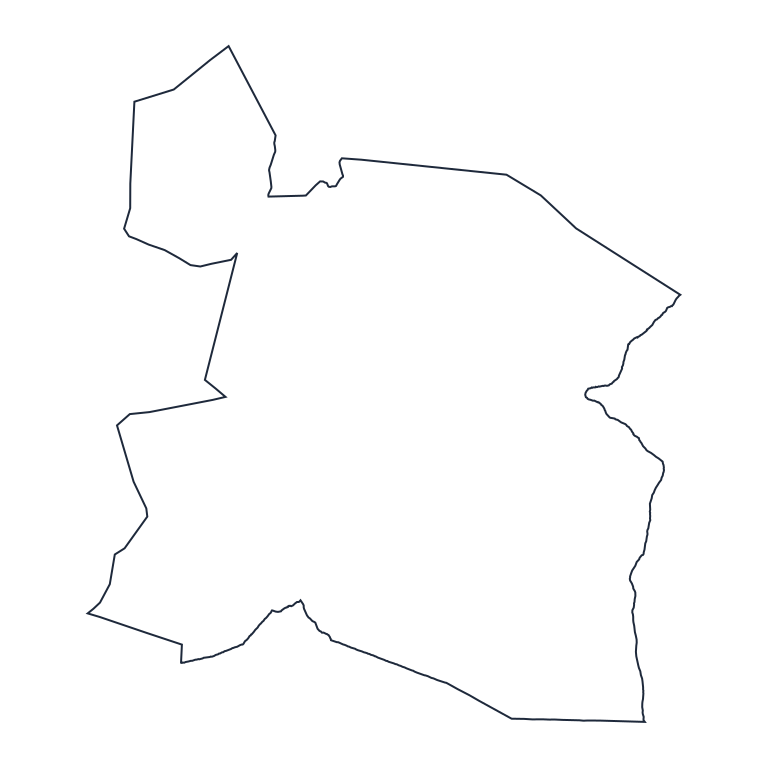 outline of Ranerou, Matam, Senegal
{"feature_id": "50182788B34306626760019", "entity_name": "Ranerou", "entity_type": "district", "adm_level": 2, "iso_a3": "SEN", "parent_name": "Senegal", "parent_adm1": "Matam", "projection": "robinson", "projection_center": [-14.026, 15.106], "detail": "fine", "context": "isolated", "style": "outline", "palette": "slate", "viewbox_px": 768, "rotation_deg": 0, "n_neighbors": 0, "source": "geoboundaries", "source_scale": "gbopen_adm2", "svg_char_len": 6109}
<svg xmlns="http://www.w3.org/2000/svg" viewBox="0 0 768 768"><path d="M680.3,294.8L576.1,228.4L540.8,195.4L506.5,174.7L361.3,159.7L341.9,158.3L340.0,160.8L339.5,162.3L339.7,164.4L342.5,174.5L343.0,175.5L343.0,176.8L340.5,178.7L339.6,179.9L336.9,184.3L336.1,185.9L335.1,186.3L332.1,186.3L330.2,187.0L328.7,186.7L328.1,186.1L327.0,183.3L326.2,182.8L325.0,182.6L323.2,181.5L320.1,181.4L315.7,185.3L305.9,195.5L302.6,195.7L268.5,196.6L268.3,195.4L268.4,194.4L268.8,193.3L271.3,188.2L271.4,186.9L270.8,181.5L269.5,172.3L269.1,170.6L269.1,169.7L269.6,167.5L270.7,164.9L273.9,154.7L275.2,151.8L275.3,150.1L274.8,146.1L274.3,143.9L274.3,143.3L274.3,142.2L274.7,141.3L275.6,135.4L228.6,46.1L210.2,60.0L173.8,89.5L134.4,101.7L130.3,183.6L130.2,208.2L124.1,228.7L129.0,236.3L136.4,239.1L148.7,244.6L164.7,250.1L179.4,258.3L190.5,265.1L200.3,266.5L211.4,263.8L231.1,259.8L237.2,253.0L204.9,379.9L215.7,388.6L225.5,396.9L212.7,399.9L149.4,412.1L129.8,414.1L117.0,425.4L133.6,481.7L146.3,508.4L147.3,516.6L124.6,548.3L114.8,554.5L109.8,584.2L100.0,602.6L93.5,608.7L87.7,613.4L99.8,617.0L146.9,633.0L181.9,644.6L181.0,663.5L181.2,663.0L182.1,662.9L182.6,662.5L184.1,662.7L185.7,662.0L188.4,661.5L190.9,660.8L192.2,660.8L195.3,659.7L196.7,659.6L198.4,659.1L199.2,659.3L202.7,658.4L203.6,657.8L209.9,657.0L210.6,656.6L211.9,656.7L214.0,656.0L215.8,654.9L218.1,654.3L219.1,653.5L220.0,653.5L222.1,652.3L223.3,652.2L224.5,651.2L226.0,650.9L231.0,649.0L232.4,648.1L233.5,647.9L234.5,647.4L237.3,646.7L239.9,645.2L241.7,644.5L242.7,644.5L243.4,643.9L244.8,641.5L245.5,640.7L246.3,640.3L247.2,639.4L248.2,638.3L249.6,636.0L250.7,635.4L251.1,634.5L251.7,634.3L253.8,631.9L255.3,629.8L257.6,627.6L258.6,625.9L259.8,624.4L260.7,623.7L262.4,621.7L263.4,621.0L264.8,618.9L265.8,618.2L266.4,617.6L267.7,616.1L269.2,614.0L270.3,613.2L270.9,612.5L271.7,610.8L272.0,610.4L272.9,610.6L275.7,611.6L278.0,611.9L281.0,611.3L281.6,610.4L284.3,608.4L285.6,607.7L286.8,607.5L287.4,606.8L288.1,606.8L288.3,606.2L289.1,605.8L289.7,606.0L290.2,605.8L291.2,606.2L293.0,605.4L295.1,603.4L297.0,602.0L298.5,602.0L299.3,601.7L300.5,600.3L303.0,604.0L303.5,605.0L303.7,605.6L303.7,607.3L304.0,608.7L306.8,615.0L307.3,615.9L307.9,616.5L308.4,617.4L309.9,618.4L312.4,621.1L314.0,621.8L315.3,622.6L317.6,628.8L319.5,630.9L320.9,631.5L322.0,632.7L323.6,632.6L326.2,633.9L326.9,634.0L327.6,634.6L328.5,635.0L329.9,637.1L330.4,638.5L330.7,638.8L331.0,640.2L336.9,642.2L338.1,642.2L339.3,642.7L343.2,644.5L344.5,644.8L346.7,645.7L347.8,646.4L349.0,646.6L351.0,647.6L355.2,648.8L356.2,649.5L357.9,650.2L361.9,651.4L363.9,652.3L365.6,652.7L367.4,653.3L367.9,653.7L369.6,654.0L370.6,654.7L373.6,655.5L374.6,656.2L375.5,656.3L377.9,657.6L384.3,659.9L386.2,660.9L387.4,661.0L388.4,661.7L393.9,663.4L395.4,664.1L396.8,664.3L398.7,665.3L400.7,665.9L402.5,666.8L404.6,667.4L406.4,668.3L412.1,670.5L413.4,670.8L414.3,671.5L416.9,672.6L424.5,675.3L425.4,675.4L427.9,676.2L431.4,677.9L433.5,678.4L437.1,680.0L445.1,682.6L446.3,682.8L457.8,689.2L469.0,695.0L479.6,701.1L511.6,718.7L524.3,718.9L532.3,719.4L542.4,719.3L549.4,719.6L554.0,719.5L562.6,719.9L579.5,720.3L583.5,720.7L587.9,720.5L600.1,720.6L644.8,721.9L643.6,720.3L643.5,719.1L643.7,716.9L642.8,714.0L642.6,712.5L642.8,710.5L642.2,707.1L642.3,703.3L642.5,701.5L643.0,699.0L643.4,693.3L643.2,692.1L643.4,690.8L643.1,689.7L643.1,687.2L642.5,681.3L642.1,678.5L640.9,675.1L640.3,671.3L638.9,667.9L638.3,665.5L636.3,656.3L635.9,651.8L636.3,645.6L636.7,642.7L636.6,639.5L635.8,635.6L634.9,632.1L634.2,625.8L633.4,622.1L633.2,620.0L633.2,616.8L632.9,614.3L632.3,612.5L632.4,610.2L633.7,607.7L633.9,606.3L634.1,604.9L634.0,603.3L634.5,602.0L634.7,599.1L635.4,596.0L635.3,592.4L634.7,590.9L633.3,588.6L633.1,586.6L631.9,583.5L630.1,580.5L629.8,578.8L630.1,577.7L630.1,576.4L631.4,572.6L632.2,570.5L635.3,565.8L636.7,562.0L639.2,559.3L639.3,558.6L639.8,557.6L641.7,555.3L643.0,554.9L643.6,553.9L643.7,552.4L644.5,549.6L645.3,543.3L646.2,541.3L646.9,536.4L647.4,534.9L647.5,533.9L647.2,531.3L647.5,529.9L648.3,528.4L649.2,522.8L650.3,520.1L650.0,518.7L650.2,516.0L650.0,513.9L650.2,512.8L649.8,511.8L650.2,509.7L649.9,503.7L651.7,498.3L652.2,495.1L653.8,492.7L654.7,490.2L655.9,487.7L657.4,485.4L659.1,482.6L661.1,480.0L661.7,477.5L662.7,475.7L663.2,472.9L663.6,472.1L664.0,470.0L663.7,468.7L663.9,467.6L663.5,464.9L663.0,463.8L662.6,461.6L658.6,458.4L656.0,456.8L654.0,455.1L651.0,452.9L647.8,451.2L646.5,450.2L645.4,448.5L643.1,446.2L641.3,442.8L640.6,442.1L640.2,441.2L639.3,440.2L639.2,439.4L638.8,438.0L637.7,437.5L637.0,436.8L635.0,435.9L634.2,435.3L633.3,434.2L633.4,433.5L631.9,431.5L631.3,430.1L630.5,429.1L629.9,428.7L629.1,427.3L627.0,426.0L626.1,424.7L625.1,424.0L621.2,422.4L617.7,419.9L616.1,419.5L615.4,419.3L614.8,418.6L613.9,418.4L610.4,417.8L609.7,417.5L606.5,414.0L605.8,412.6L605.3,410.9L604.8,410.2L604.3,408.6L603.2,406.7L602.4,405.6L601.4,405.0L600.7,403.9L600.2,403.6L599.2,402.6L598.6,402.6L597.9,402.0L597.5,402.2L594.3,400.6L593.0,400.7L590.2,399.7L589.0,399.5L587.6,398.8L587.1,397.9L585.9,397.2L585.2,394.8L585.6,392.8L586.8,390.7L587.5,390.1L588.2,388.7L590.7,388.2L591.7,387.5L592.2,387.8L593.1,387.4L595.2,387.4L595.8,386.8L596.3,387.1L597.4,387.0L598.8,386.4L599.5,386.6L603.0,385.8L603.6,386.0L605.0,385.5L607.0,385.8L608.8,385.4L609.7,384.4L611.8,383.6L612.8,382.3L613.6,381.8L614.1,381.0L616.9,379.1L617.8,377.9L618.4,377.5L618.8,376.7L618.9,375.7L622.1,368.6L621.9,367.1L622.9,365.4L623.4,363.3L623.4,362.1L624.3,359.6L625.0,355.2L625.4,354.6L625.9,352.5L626.9,350.4L627.5,349.8L628.2,344.4L628.7,343.9L629.2,344.0L630.1,342.2L631.5,340.9L633.2,339.6L634.2,338.5L637.1,337.1L637.6,337.5L638.3,336.7L639.7,336.1L640.5,335.1L641.5,334.8L646.5,330.9L646.9,329.6L647.4,329.7L647.9,328.9L649.3,327.9L650.2,326.9L652.3,325.0L653.9,322.0L655.5,319.9L656.8,319.5L658.4,317.9L659.3,317.6L659.9,317.0L660.6,316.4L661.2,315.3L662.2,314.8L662.7,313.6L663.3,312.9L665.1,311.8L666.0,310.8L667.2,307.9L668.2,307.3L670.0,306.8L671.1,306.1L672.0,306.1L672.5,305.2L673.2,304.8L673.8,303.7L675.5,300.2L676.5,298.6L678.2,296.8L679.0,295.8L680.3,294.8Z" fill="none" stroke="#1e293b" stroke-width="2"/></svg>